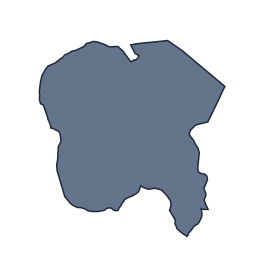 outline of San Andrés Tenejapan, Veracruz, Mexico, rotated 12°
{"feature_id": "50627088B12638306818283", "entity_name": "San Andrés Tenejapan", "entity_type": "district", "adm_level": 2, "iso_a3": "MEX", "parent_name": "Mexico", "parent_adm1": "Veracruz", "projection": "robinson", "projection_center": [-97.088, 18.772], "detail": "fine", "context": "isolated", "style": "filled", "palette": "slate", "viewbox_px": 256, "rotation_deg": 12, "n_neighbors": 0, "source": "geoboundaries", "source_scale": "gbopen_adm2", "svg_char_len": 3806}
<svg xmlns="http://www.w3.org/2000/svg" viewBox="0 0 256 256"><g transform="rotate(12 128 128)"><path d="M204.8,105.5L207.3,95.7L208.4,91.1L208.5,90.6L209.4,87.2L209.6,86.5L210.0,84.4L210.2,84.0L211.2,79.3L211.6,77.8L212.3,74.5L212.5,73.7L214.0,67.5L214.1,67.2L213.9,67.1L213.0,66.6L209.0,64.5L206.4,63.1L204.1,61.9L203.2,61.4L201.9,60.7L199.9,59.6L197.9,58.6L195.8,57.4L193.8,56.4L192.5,55.7L192.3,55.6L190.7,54.7L189.1,53.9L188.0,53.3L185.7,52.1L183.8,51.1L181.5,49.9L179.5,48.8L177.8,47.9L176.1,47.0L173.2,45.4L172.4,45.0L171.7,44.6L170.6,44.1L168.5,42.9L164.8,41.0L163.8,40.6L158.4,38.3L153.8,36.4L148.6,34.2L147.7,34.5L145.5,35.2L143.1,36.0L140.7,36.8L137.6,37.8L135.3,38.5L129.9,40.3L129.0,40.5L125.6,41.6L120.4,43.3L115.3,45.3L113.4,46.1L114.7,47.8L115.6,48.9L117.2,50.8L118.0,51.9L118.9,53.1L120.8,54.1L122.3,54.5L124.3,55.5L124.2,55.5L123.9,55.7L123.5,55.8L123.5,56.6L123.1,57.6L121.7,59.4L121.4,59.8L121.1,60.1L119.9,60.4L119.7,60.2L119.6,60.3L119.4,60.5L118.3,61.9L116.9,62.6L111.6,57.9L107.7,54.3L106.8,53.7L105.8,53.2L103.2,51.6L101.3,50.3L100.4,50.6L98.4,51.0L96.8,51.5L93.4,52.5L90.1,51.8L88.2,51.3L87.3,51.1L85.2,50.9L82.4,50.5L81.1,50.3L79.3,50.3L78.4,50.4L76.4,50.4L75.9,50.7L70.4,53.7L69.5,54.2L68.2,57.2L67.4,57.8L60.9,62.9L57.3,64.4L54.1,67.5L53.4,68.0L52.5,68.5L50.9,69.7L49.4,72.6L49.0,73.1L47.7,74.2L45.7,76.6L43.3,79.4L39.6,82.1L36.7,84.3L34.9,88.1L33.5,92.7L33.0,94.3L32.8,100.8L33.2,106.0L33.8,111.3L34.8,114.7L35.5,118.9L37.4,122.4L38.7,122.8L39.3,122.6L41.0,124.0L44.0,129.0L46.2,132.6L47.2,134.5L48.0,136.2L50.1,139.1L52.0,142.2L52.3,144.0L55.8,144.2L58.7,145.3L60.7,145.4L62.9,148.2L64.0,151.1L65.3,155.2L63.7,160.5L64.2,163.8L64.7,167.2L65.4,171.2L65.8,174.7L65.8,178.4L67.4,184.2L69.5,188.0L71.2,191.2L74.8,197.8L75.5,199.1L77.3,202.5L80.4,208.2L87.3,213.7L91.1,215.5L95.5,216.3L96.6,216.0L98.0,215.7L100.0,215.8L102.0,216.0L103.7,216.4L105.6,217.2L107.5,217.3L108.8,217.3L111.7,216.9L114.1,216.3L116.6,215.8L118.6,214.7L120.5,214.2L122.1,213.3L123.3,211.8L124.6,210.7L125.8,210.2L127.0,209.8L128.5,210.1L130.5,211.0L132.1,211.5L132.6,211.4L133.8,211.2L134.7,211.1L135.4,210.6L136.1,207.4L137.2,205.8L137.5,204.4L137.8,203.8L137.8,203.2L137.9,202.5L138.9,200.8L139.3,200.3L139.4,199.3L139.4,198.9L140.6,197.8L141.7,196.8L142.4,196.3L143.2,195.6L145.6,194.0L146.8,193.2L147.2,192.8L148.9,191.2L149.6,190.6L151.3,188.4L151.4,188.2L151.8,186.7L152.0,185.4L152.1,184.6L152.4,181.9L155.6,183.0L157.8,183.3L160.1,183.6L162.8,183.0L163.7,182.6L164.2,182.4L166.4,181.4L171.3,181.5L173.5,181.6L177.7,184.4L178.4,184.8L181.7,187.5L182.5,188.3L184.3,190.1L184.9,191.1L185.4,191.9L186.1,194.8L186.0,196.5L186.0,196.8L186.0,198.5L185.7,199.9L185.9,200.1L189.5,204.0L189.8,204.3L192.8,207.5L193.4,208.2L193.8,210.7L193.8,211.8L194.4,212.6L194.8,213.2L196.0,214.4L196.1,215.4L196.8,216.2L200.8,218.5L201.3,218.8L204.4,220.3L206.3,221.0L208.2,221.8L208.9,220.4L209.0,218.4L211.1,214.9L211.6,213.8L212.1,212.5L213.0,210.6L214.5,208.7L216.1,207.5L217.2,205.2L218.1,201.4L218.5,199.2L218.3,196.6L217.6,194.8L217.3,194.1L216.3,191.6L219.3,191.9L223.2,191.0L222.2,189.4L221.0,188.2L220.0,187.0L219.7,186.2L219.1,185.0L218.1,183.5L217.5,182.6L217.6,181.2L218.1,178.6L217.9,176.3L217.6,175.7L217.1,174.9L216.2,173.5L214.8,171.7L215.4,168.1L216.5,161.9L216.3,161.5L215.2,158.7L213.7,157.8L212.8,157.2L209.0,157.3L208.1,157.0L206.1,156.4L205.3,154.6L204.8,153.3L204.5,151.5L204.2,149.7L204.0,148.0L203.5,143.2L202.9,137.5L200.7,133.1L199.8,132.2L197.5,130.2L196.8,129.2L195.3,127.1L194.5,126.3L192.2,124.4L191.6,123.9L189.7,122.0L189.1,121.5L189.1,120.4L189.2,119.7L189.7,117.0L190.6,115.6L190.7,115.3L192.2,113.1L192.9,111.8L194.5,110.5L196.4,109.6L198.3,108.6L199.4,108.0L200.6,107.7L202.2,106.8L203.4,106.0L204.1,105.7L204.8,105.5Z" fill="#64748b" stroke="#1e293b" stroke-width="1.5"/></g></svg>